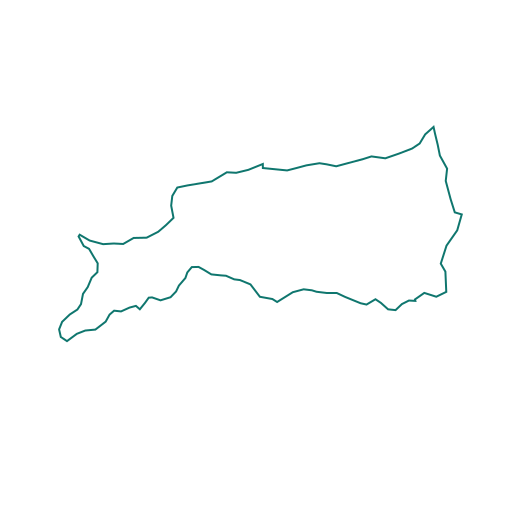 the district of Limnatis, Limassol, Cyprus, rotated 75°
{"feature_id": "46923920B10034755231280", "entity_name": "Limnatis", "entity_type": "district", "adm_level": 2, "iso_a3": "CYP", "parent_name": "Cyprus", "parent_adm1": "Limassol", "projection": "robinson", "projection_center": [32.947, 34.792], "detail": "fine", "context": "isolated", "style": "outline", "palette": "teal", "viewbox_px": 512, "rotation_deg": 75, "n_neighbors": 0, "source": "geoboundaries", "source_scale": "gbopen_adm2", "svg_char_len": 1561}
<svg xmlns="http://www.w3.org/2000/svg" viewBox="0 0 512 512"><g transform="rotate(75 256 256)"><path d="M177.3,51.1L182.3,61.1L189.7,68.8L192.6,77.4L194.1,91.6L195.1,105.8L189.7,118.7L190.1,127.3L190.1,142.7L190.1,155.3L185.7,164.1L182.8,170.7L181.5,183.8L181.5,194.6L181.4,203.8L177.9,213.1L172.8,226.6L168.9,225.6L170.8,241.1L170.5,253.6L167.6,262.5L172.5,279.5L170.1,303.9L169.5,314.3L176.3,321.3L185.4,324.9L197.8,325.8L202.9,335.0L207.3,344.2L210.0,356.9L206.9,369.5L210.0,381.2L207.1,390.2L205.0,400.6L198.0,412.7L189.8,420.8L191.2,422.3L201.8,419.8L205.9,415.4L214.3,413.1L222.1,410.8L230.6,413.4L234.4,420.3L242.5,426.6L247.8,432.9L257.2,437.5L261.5,442.4L264.3,451.0L269.4,460.3L275.8,465.1L276.1,465.2L283.7,465.5L289.3,460.6L284.8,449.2L283.8,440.2L285.5,430.2L280.5,418.2L274.7,412.6L272.1,407.2L274.3,401.5L274.6,400.7L273.1,391.5L273.1,384.9L277.4,382.0L272.6,375.4L268.5,370.4L269.1,367.1L274.1,359.7L273.7,349.2L269.6,342.4L264.6,338.1L259.0,329.9L254.1,326.6L250.1,320.9L251.7,314.3L255.9,309.9L262.2,303.9L265.6,295.0L267.3,290.1L272.9,283.1L275.1,277.7L282.0,268.7L296.4,262.8L301.8,251.3L305.9,247.5L300.5,229.8L300.5,218.6L303.6,210.9L306.2,206.8L310.1,197.1L312.6,187.6L318.6,180.5L328.7,167.2L331.5,161.8L328.7,151.8L333.6,147.5L341.7,142.2L344.4,135.2L340.2,127.5L338.6,119.8L340.6,113.7L339.1,113.7L335.2,103.0L342.0,92.4L339.9,81.5L320.1,77.1L311.2,79.5L295.3,69.3L283.3,55.0L269.1,46.5L265.3,52.7L251.4,53.3L232.6,53.3L221.1,48.8L206.6,52.4L195.7,51.7L183.8,51.4L177.3,51.1Z" fill="none" stroke="#0f766e" stroke-width="2"/></g></svg>